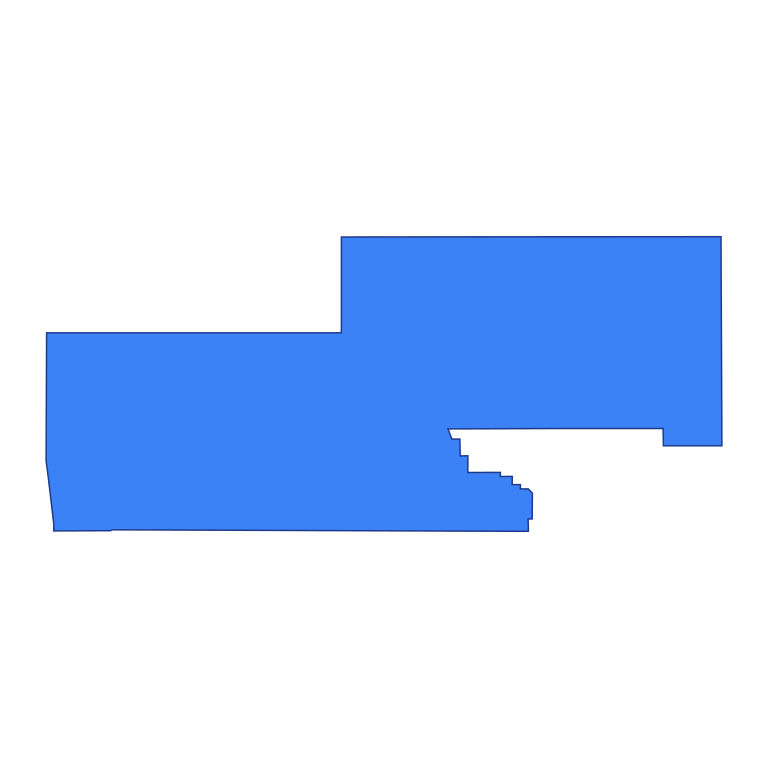 outline of Montrose, Colorado, United States of America
{"feature_id": "52423323B36547331461438", "entity_name": "Montrose", "entity_type": "district", "adm_level": 2, "iso_a3": "USA", "parent_name": "United States of America", "parent_adm1": "Colorado", "projection": "equal_earth", "projection_center": [-108.218, 38.41], "detail": "fine", "context": "isolated", "style": "filled", "palette": "blue", "viewbox_px": 768, "rotation_deg": 0, "n_neighbors": 0, "source": "geoboundaries", "source_scale": "gbopen_adm2", "svg_char_len": 546}
<svg xmlns="http://www.w3.org/2000/svg" viewBox="0 0 768 768"><path d="M53.7,530.9L110.5,530.7L112.3,529.8L520.3,531.3L528.4,531.2L528.1,519.0L532.2,518.9L532.4,493.2L528.3,488.9L520.4,488.9L520.4,484.6L512.2,484.6L512.3,476.4L500.4,476.5L500.4,472.4L467.8,472.5L467.9,455.8L460.2,455.9L459.9,439.1L451.9,439.1L448.0,428.9L563.1,428.5L663.1,428.5L663.4,445.8L721.9,445.8L721.0,236.7L505.6,236.8L341.4,237.0L341.4,328.1L341.2,332.8L46.6,332.8L46.1,460.9L48.4,478.4L53.8,524.2L53.7,530.9Z" fill="#3b82f6" stroke="#1e3a8a" stroke-width="1.5"/></svg>